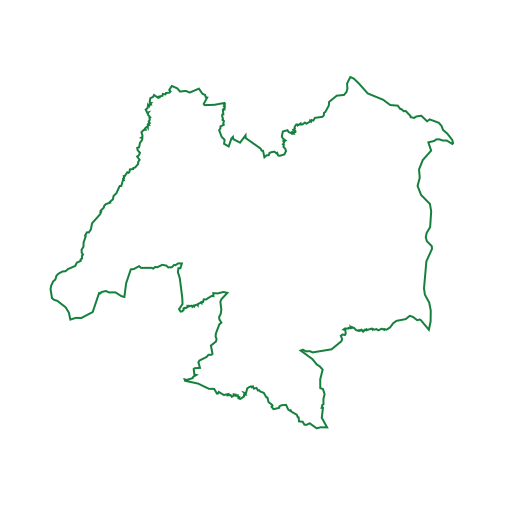 Det Udom, Ubon Ratchathani, Thailand (Mercator projection), rotated 354°
{"feature_id": "78962969B44207183673479", "entity_name": "Det Udom", "entity_type": "district", "adm_level": 2, "iso_a3": "THA", "parent_name": "Thailand", "parent_adm1": "Ubon Ratchathani", "projection": "mercator", "projection_center": [105.038, 14.829], "detail": "fine", "context": "isolated", "style": "outline", "palette": "green", "viewbox_px": 512, "rotation_deg": 354, "n_neighbors": 0, "source": "geoboundaries", "source_scale": "gbopen_adm2", "svg_char_len": 6088}
<svg xmlns="http://www.w3.org/2000/svg" viewBox="0 0 512 512"><g transform="rotate(354 256 256)"><path d="M64.7,299.8L70.4,298.7L75.8,299.4L87.7,294.7L96.1,276.4L97.2,277.0L98.6,275.7L103.0,275.1L105.8,276.8L112.4,277.5L118.0,281.9L120.8,283.0L124.0,269.5L130.1,256.2L133.1,256.2L138.7,253.9L140.3,255.8L151.1,256.9L152.4,257.8L154.7,256.3L156.5,256.9L161.8,255.0L165.7,256.1L167.6,258.2L171.1,258.4L173.7,256.3L174.9,256.7L177.9,255.2L181.5,255.7L179.5,260.3L177.6,260.0L176.6,263.7L177.9,270.3L178.3,290.0L177.9,296.1L173.9,300.8L175.2,303.4L176.9,303.3L178.5,301.9L178.4,300.6L180.0,300.0L180.7,300.5L182.5,299.7L182.6,298.5L183.7,299.0L184.6,297.9L184.4,299.0L186.8,298.7L187.4,299.9L188.6,298.9L189.3,299.8L190.0,298.6L192.3,298.3L192.9,299.0L193.0,297.8L196.1,296.6L196.9,297.3L197.1,296.0L198.5,296.2L199.5,293.7L201.7,294.0L207.7,291.1L209.5,291.5L209.6,288.5L214.0,289.2L219.9,288.4L223.7,289.7L217.1,295.3L215.8,297.7L215.9,305.7L214.9,309.8L212.9,312.9L213.0,315.3L214.6,318.7L212.4,320.1L208.0,328.9L207.4,331.8L208.1,334.6L207.2,336.9L201.8,340.3L202.5,348.8L201.4,349.6L198.4,349.3L196.4,351.2L188.8,354.1L187.6,355.7L188.6,361.4L183.2,361.2L182.2,361.9L182.3,367.4L184.2,368.1L181.0,369.5L180.1,370.9L174.2,372.0L172.1,371.2L172.4,372.7L185.0,376.8L195.4,383.2L200.5,383.8L202.8,388.8L203.8,388.8L204.8,387.3L209.5,390.9L213.9,390.4L213.3,391.6L216.2,391.6L217.2,393.5L219.1,392.6L219.3,391.2L221.3,391.8L221.2,392.8L223.2,392.6L223.0,393.8L224.6,394.4L223.8,395.7L225.4,396.5L229.4,394.5L229.6,392.9L231.2,392.9L229.8,390.7L231.6,391.5L233.5,386.7L235.6,385.6L237.5,385.2L238.1,386.1L239.3,385.4L240.1,387.7L242.7,387.3L243.9,390.0L245.1,389.8L246.1,391.2L249.4,392.9L251.5,397.6L252.6,398.0L253.2,402.6L256.4,405.7L256.8,406.7L255.7,407.6L257.4,410.2L263.2,409.4L263.6,407.9L265.8,407.1L270.3,407.2L272.0,412.1L273.6,413.4L274.3,413.0L274.8,414.4L280.0,418.2L280.6,420.5L281.5,420.9L281.5,425.0L285.1,425.7L286.5,428.8L288.5,429.2L291.9,428.0L298.3,433.7L302.4,433.1L308.8,433.9L304.5,423.8L306.7,414.0L305.4,413.9L306.4,411.1L307.6,410.5L308.1,405.2L309.8,400.6L308.7,395.4L306.1,394.1L307.0,385.3L310.4,376.0L307.9,372.5L305.1,370.2L301.3,364.4L290.5,354.7L292.9,354.1L295.5,356.0L299.7,356.3L302.3,357.8L321.4,356.7L332.0,349.7L333.0,347.6L332.0,344.2L333.9,343.1L336.1,343.9L337.1,342.6L337.1,339.0L335.4,338.3L336.8,337.4L339.7,337.7L339.6,338.5L340.4,337.2L342.4,337.7L342.5,336.5L343.0,337.3L344.1,335.9L343.7,337.5L345.7,337.5L347.9,340.2L350.5,341.3L350.9,340.5L352.0,341.1L352.9,340.3L354.4,342.2L354.7,341.3L355.5,341.8L356.7,340.6L357.6,341.4L358.3,340.5L358.8,341.2L363.3,340.3L364.1,341.3L364.4,340.7L366.0,341.6L368.2,341.3L369.8,342.7L373.5,341.5L375.8,342.8L376.0,342.1L378.2,342.9L381.8,341.1L385.5,337.1L388.9,335.2L398.3,334.4L402.7,331.6L405.8,333.0L409.6,336.7L412.1,336.3L413.3,337.1L420.2,347.4L422.8,339.4L424.1,328.4L423.4,320.5L419.9,312.0L419.7,305.7L424.9,279.1L431.8,267.3L431.8,264.5L427.5,259.2L426.8,255.1L428.2,250.8L432.2,245.5L434.9,229.8L434.4,222.4L426.6,212.6L424.0,203.2L427.0,195.4L427.2,186.9L431.9,178.0L441.2,169.5L439.3,161.0L445.2,160.2L447.4,158.9L450.5,159.1L453.8,160.7L457.7,161.1L463.0,165.1L463.8,164.3L463.3,161.1L459.0,154.2L455.2,150.2L454.1,146.0L451.7,142.6L443.0,138.3L440.2,139.9L435.1,133.8L429.9,134.0L427.8,135.2L424.3,134.1L424.2,132.8L420.0,127.4L418.1,127.5L416.1,125.2L414.9,125.0L412.7,121.3L405.3,119.9L398.8,113.9L384.1,106.0L376.3,95.1L371.8,89.8L368.5,87.9L364.6,94.0L364.4,99.1L363.1,102.4L360.3,105.0L353.1,105.0L344.9,110.3L344.1,114.1L340.0,120.0L338.6,120.8L338.1,123.3L336.7,124.5L329.1,124.8L327.1,127.3L325.5,126.6L324.8,128.1L324.0,127.1L323.7,128.0L319.9,129.7L318.6,128.4L315.9,130.0L314.0,129.9L314.1,128.9L311.2,130.5L310.8,129.5L309.7,129.5L307.8,131.9L308.0,133.4L306.4,134.2L308.3,136.0L308.1,136.8L305.7,136.9L306.4,138.3L304.7,138.2L304.9,136.5L303.5,137.3L301.4,136.1L300.4,134.2L295.7,135.0L294.2,139.8L294.9,141.9L297.3,144.1L295.3,144.6L296.1,145.5L294.5,147.7L295.3,148.2L294.7,150.3L296.3,152.4L296.8,154.9L294.7,158.0L290.0,158.8L288.5,158.3L287.8,155.6L287.0,156.0L285.3,154.2L282.6,154.3L280.3,154.8L279.2,157.1L277.0,157.0L274.7,158.7L274.0,152.1L272.6,151.8L271.8,149.6L258.0,137.6L258.2,134.9L252.0,141.6L245.7,137.5L245.5,135.1L243.8,136.6L240.3,144.2L236.0,141.1L236.9,137.1L234.3,133.9L232.5,127.0L233.9,125.5L234.2,123.4L237.7,122.1L237.3,120.8L238.2,118.4L236.9,117.1L237.5,116.2L236.9,113.1L237.4,111.7L238.3,111.7L238.4,106.9L239.3,106.2L240.0,106.8L240.6,104.3L239.8,103.7L240.6,102.9L239.9,101.7L241.0,101.3L240.6,100.5L230.5,101.3L220.7,100.6L219.9,99.3L224.0,93.3L222.6,92.9L222.2,90.5L219.7,89.1L216.7,83.6L207.2,86.5L203.5,84.5L197.6,84.5L195.2,81.0L190.1,78.1L187.1,81.7L188.2,83.4L186.9,84.5L183.5,84.5L182.8,85.8L180.3,85.1L179.7,86.9L176.2,87.3L176.6,88.2L175.2,88.5L171.4,85.2L170.3,87.0L167.4,88.0L166.4,91.6L166.5,92.5L167.7,92.8L167.0,93.3L167.4,94.4L166.3,94.3L165.5,95.8L164.5,94.2L163.6,97.6L161.6,98.9L162.8,102.1L164.0,101.9L163.2,102.7L163.4,104.3L165.3,107.1L164.5,107.5L164.6,109.5L163.3,111.1L164.3,112.6L162.7,113.4L163.3,114.5L162.1,114.4L161.8,116.9L161.4,116.0L160.5,116.4L158.9,117.6L159.5,118.9L157.5,118.9L155.0,120.9L155.7,124.5L155.4,125.7L154.1,126.4L155.3,127.0L154.8,128.8L152.5,131.2L151.1,135.7L149.2,136.0L149.3,138.3L151.4,141.2L150.0,143.6L148.2,144.6L150.3,148.2L148.6,150.2L148.5,152.0L145.1,155.3L143.1,155.7L142.9,156.7L139.6,156.7L139.0,159.1L137.9,160.0L136.8,159.3L133.8,162.8L132.9,162.7L132.9,164.8L132.0,165.1L132.4,166.5L131.8,166.3L129.3,172.3L127.7,172.2L123.7,179.0L120.6,181.4L119.6,184.7L116.3,186.9L116.6,187.7L112.0,188.7L110.2,190.4L109.7,192.0L106.2,194.7L105.9,196.0L106.5,196.1L105.4,198.1L96.4,206.3L94.5,212.4L92.2,215.1L90.3,214.8L88.1,217.9L88.7,218.6L86.0,224.4L85.4,228.6L83.2,231.6L83.0,234.6L84.1,236.5L82.9,237.6L82.8,240.2L81.2,241.1L81.2,242.5L77.1,243.9L75.2,247.0L67.8,249.3L65.0,251.2L61.9,251.2L57.8,252.9L55.5,254.7L54.0,258.4L51.6,260.1L49.2,264.1L48.2,267.6L48.7,276.6L50.6,278.5L53.7,279.8L61.3,287.1L64.0,292.9L64.7,299.8Z" fill="none" stroke="#15803d" stroke-width="2"/></g></svg>